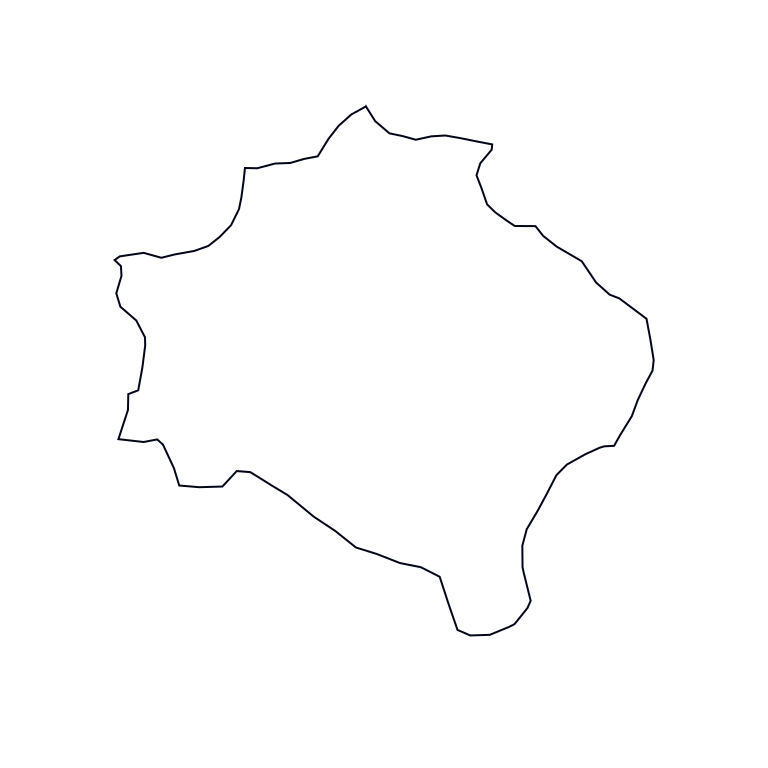 outline of Masally District, Masallı, Azerbaijan, rotated 253°
{"feature_id": "54616110B86237771899826", "entity_name": "Masally District", "entity_type": "district", "adm_level": 2, "iso_a3": "AZE", "parent_name": "Azerbaijan", "parent_adm1": "Masallı", "projection": "mercator", "projection_center": [48.706, 39.029], "detail": "fine", "context": "isolated", "style": "outline", "palette": "ink", "viewbox_px": 768, "rotation_deg": 253, "n_neighbors": 0, "source": "geoboundaries", "source_scale": "gbopen_adm2", "svg_char_len": 1534}
<svg xmlns="http://www.w3.org/2000/svg" viewBox="0 0 768 768"><g transform="rotate(253 384 384)"><path d="M449.1,136.5L434.1,131.6L408.9,113.9L398.8,137.2L397.3,150.9L390.7,154.9L365.0,158.5L346.8,158.5L339.3,177.2L333.2,199.5L343.8,217.7L338.8,230.4L319.6,247.1L306.0,259.3L277.7,278.0L258.0,294.2L235.8,309.4L223.7,327.2L208.1,346.9L198.0,365.7L183.4,380.9L156.1,381.4L127.3,382.4L125.7,384.3L118.3,393.0L113.2,411.8L115.2,433.0L116.2,438.6L127.9,455.8L133.9,460.9L162.2,462.4L168.2,462.9L188.9,469.0L203.5,478.1L205.8,480.7L218.2,494.3L231.8,508.0L246.4,522.2L253.5,535.4L258.0,556.2L260.0,571.3L260.0,576.4L257.6,586.0L260.9,589.4L266.3,595.1L280.8,611.6L294.1,621.7L308.0,634.3L318.3,644.7L328.0,648.9L349.0,651.8L369.6,654.1L375.1,650.1L378.8,647.4L397.1,634.0L403.5,625.9L419.0,616.5L443.6,609.0L464.9,589.3L479.1,579.5L490.7,575.0L496.9,555.2L504.9,548.7L515.6,540.6L525.6,535.1L542.4,534.5L556.6,533.5L566.9,540.6L576.6,555.5L578.5,556.3L581.5,557.5L588.9,543.5L596.6,529.3L603.7,515.3L607.0,501.7L608.3,485.8L615.7,474.2L622.1,462.5L638.0,452.4L653.5,448.2L654.8,447.9L654.7,447.8L651.3,431.5L644.1,416.0L634.6,402.5L621.1,387.2L622.6,373.4L622.8,358.9L626.7,344.2L627.4,325.8L631.2,314.2L619.2,309.1L604.0,302.1L593.7,296.5L580.6,284.2L572.7,269.9L567.4,256.4L566.7,241.6L569.1,221.6L569.8,208.0L579.7,192.5L583.3,168.6L581.3,162.6L573.7,166.9L564.2,164.6L549.0,154.5L535.0,154.5L517.1,165.7L504.4,168.0L498.6,169.1L490.7,166.9L470.5,157.8L449.8,147.1L449.1,136.5Z" fill="none" stroke="#020617" stroke-width="2"/></g></svg>